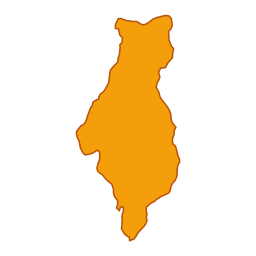 Suzano, São Paulo, Brazil (Albers equal-area conic projection)
{"feature_id": "56859067B65959534895327", "entity_name": "Suzano", "entity_type": "district", "adm_level": 2, "iso_a3": "BRA", "parent_name": "Brazil", "parent_adm1": "São Paulo", "projection": "albers", "projection_center": [-46.312, -23.613], "detail": "fine", "context": "isolated", "style": "filled", "palette": "amber", "viewbox_px": 256, "rotation_deg": 0, "n_neighbors": 0, "source": "geoboundaries", "source_scale": "gbopen_adm2", "svg_char_len": 2164}
<svg xmlns="http://www.w3.org/2000/svg" viewBox="0 0 256 256"><path d="M76.4,131.9L76.7,135.9L77.8,138.5L78.9,140.8L79.7,144.0L80.5,148.4L82.1,151.2L83.5,153.7L85.6,154.9L89.8,154.0L92.2,153.3L94.6,151.9L97.4,150.2L99.3,152.0L99.8,155.1L99.5,159.7L98.0,163.6L96.9,168.2L97.7,171.2L99.8,173.2L102.3,174.6L104.7,177.8L106.6,179.8L108.7,181.7L111.7,184.1L113.5,189.1L113.4,192.1L114.2,195.8L115.8,198.2L117.6,200.7L117.6,204.2L116.6,208.1L119.4,210.6L120.5,207.1L123.3,207.1L123.4,210.5L122.7,213.3L121.8,216.5L122.3,219.3L122.0,222.2L121.9,225.6L121.4,228.9L122.9,231.1L124.4,234.0L127.0,236.0L129.4,237.6L129.6,240.6L133.8,239.1L136.1,236.2L137.9,233.0L139.9,230.8L141.8,228.6L144.1,226.3L145.7,223.8L147.0,220.5L146.3,217.3L147.0,214.2L146.2,211.2L146.4,207.0L149.6,204.2L152.0,202.6L154.3,201.5L156.6,199.4L160.5,196.8L163.5,195.3L166.5,194.2L168.9,192.8L170.2,190.6L171.0,186.2L172.8,182.9L174.7,181.1L176.3,178.0L177.1,174.6L177.1,171.2L177.3,168.2L177.9,165.0L179.6,162.2L179.4,158.9L177.7,155.6L177.3,152.4L176.3,148.8L175.3,145.9L172.8,143.7L172.4,140.4L172.9,137.7L174.0,134.5L174.4,130.2L175.9,127.3L174.0,124.9L171.8,122.0L171.1,118.0L170.7,113.7L169.0,109.5L167.7,107.4L165.1,103.8L163.2,101.5L161.3,99.3L160.0,96.7L158.6,91.5L156.2,87.4L157.0,83.3L158.6,80.5L159.9,76.9L159.1,74.4L158.7,71.9L160.6,68.2L165.5,67.6L167.4,63.6L170.5,59.9L172.4,57.9L172.7,53.6L173.6,48.5L171.7,46.7L170.4,43.8L168.9,39.5L168.9,35.7L168.4,31.6L171.3,28.4L172.2,25.6L171.9,22.3L171.2,18.3L168.9,15.9L165.7,15.4L163.1,16.0L159.7,16.8L156.7,17.6L152.4,19.5L149.6,21.7L146.6,23.8L143.7,24.8L140.7,24.1L138.2,22.3L135.7,21.3L132.9,21.6L130.0,21.0L126.4,20.5L123.3,19.5L120.6,18.4L118.3,18.7L116.6,22.1L115.4,24.9L115.4,28.4L118.6,29.0L119.2,32.5L119.9,35.2L122.4,38.0L122.0,42.3L119.8,44.9L120.2,47.7L119.6,51.5L119.4,54.7L118.1,58.0L117.9,62.0L115.8,64.0L112.7,67.2L110.2,70.6L109.7,74.5L109.1,79.1L108.6,82.8L106.6,86.8L104.8,89.8L103.0,92.3L100.8,93.6L99.2,96.0L98.5,99.1L95.7,100.3L93.0,102.1L92.5,105.1L91.0,107.2L89.8,109.8L88.7,113.0L87.4,116.1L86.8,118.6L85.7,121.4L83.8,124.4L81.0,125.8L78.9,128.3L76.4,131.9Z" fill="#f59e0b" stroke="#b45309" stroke-width="1.5"/></svg>